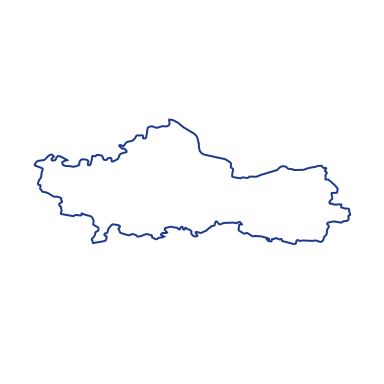 the border of Mariy-El, rotated 190°
{"feature_id": "RUS-2385", "entity_name": "Mariy-El", "entity_type": "Republic", "adm_level": 1, "iso_a3": "RUS", "parent_name": "Russia", "parent_adm1": "", "projection": "natural_earth1", "projection_center": [48.096, 56.579], "detail": "fine", "context": "isolated", "style": "outline", "palette": "blue", "viewbox_px": 384, "rotation_deg": 190, "n_neighbors": 0, "source": "natural_earth", "source_scale": "10m", "svg_char_len": 6067}
<svg xmlns="http://www.w3.org/2000/svg" viewBox="0 0 384 384"><g transform="rotate(190 192 192)"><path d="M342.9,187.9L343.2,189.1L344.2,189.5L350.8,190.7L351.4,191.0L351.7,191.5L350.5,194.5L350.1,195.1L348.2,196.2L343.2,197.8L341.8,199.4L339.7,202.6L338.0,204.1L336.7,204.5L334.5,203.4L334.3,203.0L334.4,202.5L335.5,201.4L335.9,200.5L335.9,199.5L335.5,198.9L334.2,198.8L332.3,199.7L331.7,200.8L331.6,202.3L331.4,202.7L330.0,204.2L327.8,204.2L320.7,201.9L320.4,201.7L322.8,200.6L324.8,199.0L324.9,198.3L324.6,197.4L324.0,196.6L323.1,196.0L321.4,195.7L315.8,196.3L313.5,196.2L310.3,197.4L308.0,198.9L307.8,199.2L308.1,201.0L307.8,202.7L307.1,204.2L306.1,205.0L305.1,205.3L302.0,205.5L300.5,205.2L300.0,204.9L299.4,204.1L299.4,200.9L299.1,200.6L298.5,200.4L297.2,200.7L296.6,202.0L296.3,207.1L296.4,209.7L296.2,210.2L295.7,210.5L293.4,210.3L292.9,210.9L292.7,211.4L292.1,212.0L291.1,212.3L287.4,212.2L286.6,211.8L285.2,209.3L284.5,208.6L283.8,208.4L281.9,208.7L281.3,209.3L280.8,210.4L280.2,210.9L278.9,211.4L277.7,211.3L277.2,211.0L276.7,209.0L276.2,208.2L275.4,208.3L274.5,208.7L270.7,211.7L270.2,213.4L270.0,215.2L269.2,216.9L268.3,217.6L263.5,219.9L263.4,220.4L263.7,221.1L265.3,222.5L266.9,222.9L267.9,222.6L268.7,222.8L270.1,223.6L271.4,224.6L271.7,225.3L271.2,225.7L270.4,225.8L267.8,225.2L267.0,225.9L266.2,227.8L265.0,229.6L263.7,230.5L260.4,231.7L259.2,232.5L257.9,234.2L256.6,237.5L256.1,238.0L255.2,238.4L253.7,238.5L251.1,239.2L250.4,239.1L249.8,238.4L249.7,236.9L249.5,236.5L248.4,236.3L247.0,237.1L246.5,237.9L246.8,239.5L246.6,241.3L246.8,247.2L246.1,248.3L244.2,249.4L242.6,249.8L239.2,249.1L237.2,249.3L232.8,251.6L229.4,252.0L227.7,252.5L226.9,253.2L226.2,254.1L226.1,254.8L226.0,255.6L227.0,258.7L227.0,259.4L223.3,259.5L218.1,257.9L211.7,254.3L199.8,249.7L197.7,248.3L196.2,246.4L195.0,244.0L194.1,241.3L193.7,241.2L193.0,237.4L191.4,233.7L189.0,231.7L186.1,230.9L165.1,230.1L160.5,228.3L159.3,227.6L158.6,227.0L158.1,223.3L157.6,222.7L155.9,222.0L155.5,221.6L155.3,221.1L155.5,217.1L155.3,214.9L155.0,214.2L153.7,213.8L146.8,213.9L146.1,214.0L145.1,215.1L144.6,215.2L139.8,215.4L138.7,216.3L138.3,217.0L137.8,217.2L132.0,218.1L131.1,218.3L127.3,220.7L112.4,228.2L111.6,228.8L110.2,231.1L109.1,232.1L107.7,233.0L104.6,233.4L103.5,233.0L101.7,231.7L100.3,231.6L96.8,231.9L95.5,231.3L86.1,233.2L81.2,235.9L74.0,238.6L72.8,239.5L68.8,240.3L68.3,239.6L66.9,238.6L64.3,238.9L63.9,238.5L64.0,238.0L64.8,236.7L64.9,236.2L64.5,235.6L62.9,234.9L62.6,234.6L62.6,234.1L63.5,231.7L63.0,229.7L62.7,227.6L59.8,227.8L58.7,227.1L57.4,226.6L51.7,222.9L49.2,220.7L49.0,217.4L49.2,216.5L49.7,216.3L54.1,215.3L54.3,214.7L54.1,213.7L53.1,211.6L52.7,209.7L54.8,206.7L54.9,206.0L54.6,205.0L54.2,204.5L53.7,204.4L52.1,204.9L50.2,204.3L49.5,204.3L43.4,205.7L42.9,205.6L42.6,204.7L42.5,203.0L42.1,202.7L38.2,202.3L36.5,202.7L34.6,202.5L34.0,201.9L34.0,200.5L32.4,197.6L32.3,196.9L33.4,196.2L33.9,195.4L33.8,194.9L33.2,193.7L33.1,192.6L33.5,191.4L34.0,190.8L34.5,190.4L37.7,189.5L39.5,187.9L40.2,187.7L46.4,187.7L48.5,187.3L53.0,185.3L53.3,184.8L53.4,184.3L53.2,183.8L51.5,182.5L51.2,181.9L51.4,180.7L52.2,178.8L52.4,177.7L52.1,175.1L52.2,173.8L52.6,172.7L54.1,170.6L54.4,167.9L54.9,166.7L55.8,165.5L56.3,165.3L57.7,165.2L61.3,165.8L65.3,164.7L74.0,163.6L76.9,162.6L79.8,163.0L80.5,162.4L80.9,159.1L82.2,158.4L94.5,159.4L95.0,159.8L95.4,160.8L95.9,161.3L97.6,160.5L98.3,160.5L100.6,161.2L101.3,161.1L102.7,160.3L104.9,159.5L105.2,159.1L105.0,157.8L105.3,157.2L106.6,156.9L108.6,157.1L109.8,158.2L107.9,158.8L107.9,159.1L108.4,159.4L109.4,159.7L116.1,160.3L122.4,159.6L124.0,158.9L125.0,159.0L130.2,161.1L131.1,161.2L133.0,160.1L134.3,160.2L138.8,162.1L139.6,162.9L139.7,166.0L139.9,167.7L139.5,168.1L138.9,168.3L137.3,168.8L137.5,169.1L139.4,170.6L140.5,170.7L142.6,169.1L146.1,169.0L155.0,167.1L156.5,166.4L158.2,165.1L159.2,165.0L159.8,165.1L162.3,167.1L162.8,167.3L163.2,167.2L163.5,166.9L163.8,166.0L163.9,163.6L164.2,163.0L164.8,162.5L166.1,162.1L167.5,161.2L167.6,160.3L169.3,159.2L170.7,157.0L171.3,156.4L175.6,153.5L176.6,153.1L180.2,153.5L180.8,153.4L181.4,152.9L181.1,152.1L179.3,150.3L179.2,149.9L179.3,149.5L179.6,149.2L181.4,148.7L182.9,148.9L184.1,149.6L185.2,150.6L185.6,151.5L185.7,153.0L186.3,153.7L187.4,154.3L190.0,154.7L192.2,155.7L192.6,155.2L192.8,153.9L193.4,153.5L194.4,154.0L195.3,155.9L195.7,156.1L196.3,155.9L197.0,155.1L197.3,154.5L197.3,153.7L197.7,153.0L199.0,153.1L200.4,154.2L200.9,154.3L202.9,154.0L206.3,154.2L207.2,154.0L211.8,152.0L212.2,151.5L212.3,150.5L212.1,149.9L209.5,147.8L209.8,147.4L210.2,147.1L213.9,146.6L215.1,145.1L215.2,144.6L214.8,144.3L211.7,143.3L212.2,142.8L213.4,142.2L216.4,141.3L217.4,140.7L218.1,139.7L219.1,139.3L219.6,139.2L223.4,140.4L223.7,140.8L223.7,141.8L223.9,142.1L224.6,142.4L228.4,142.7L229.6,142.6L230.8,142.1L234.9,139.6L237.8,138.6L239.6,139.7L242.6,140.3L244.2,140.0L245.0,139.3L246.4,138.4L250.9,138.7L255.4,139.4L255.9,139.7L256.5,141.1L258.0,142.8L258.1,143.2L257.1,144.7L257.0,145.7L258.4,146.5L263.9,146.5L264.5,146.3L265.6,145.4L267.4,142.5L268.0,140.6L268.2,137.8L268.4,137.3L268.8,136.8L270.3,136.2L270.7,135.8L270.9,135.1L270.8,134.5L270.4,134.1L268.5,133.5L268.2,133.1L268.3,130.4L268.6,129.3L270.1,128.3L280.5,124.5L282.5,128.0L282.2,129.1L281.4,129.9L280.4,131.9L280.1,133.6L280.2,135.3L279.6,136.1L277.9,137.4L277.6,137.8L277.6,138.8L277.7,139.7L278.1,140.6L278.7,141.0L282.8,142.3L283.6,142.9L283.9,146.6L284.9,148.4L286.1,149.7L287.6,150.6L294.0,151.1L296.4,151.8L296.9,151.7L297.1,151.1L296.8,150.1L297.6,149.5L302.8,149.2L304.6,147.6L317.1,147.6L317.3,147.8L317.5,148.4L317.2,150.1L317.2,151.2L317.9,152.6L318.2,154.2L318.7,154.8L320.1,155.5L320.7,156.7L320.7,157.2L320.5,157.6L318.5,159.3L318.4,159.8L318.5,160.5L319.5,161.6L319.6,163.1L320.2,163.4L322.3,163.9L324.3,164.0L325.5,163.6L327.4,163.5L333.2,165.7L336.0,166.4L337.6,166.2L338.8,166.3L339.6,166.7L341.9,168.6L342.2,169.2L342.3,170.1L342.1,171.4L342.4,172.3L344.3,172.4L344.7,172.7L345.2,173.9L345.1,175.2L344.4,177.8L343.3,179.7L343.2,180.5L343.4,186.0L342.9,187.9Z" fill="none" stroke="#1e3a8a" stroke-width="2"/></g></svg>